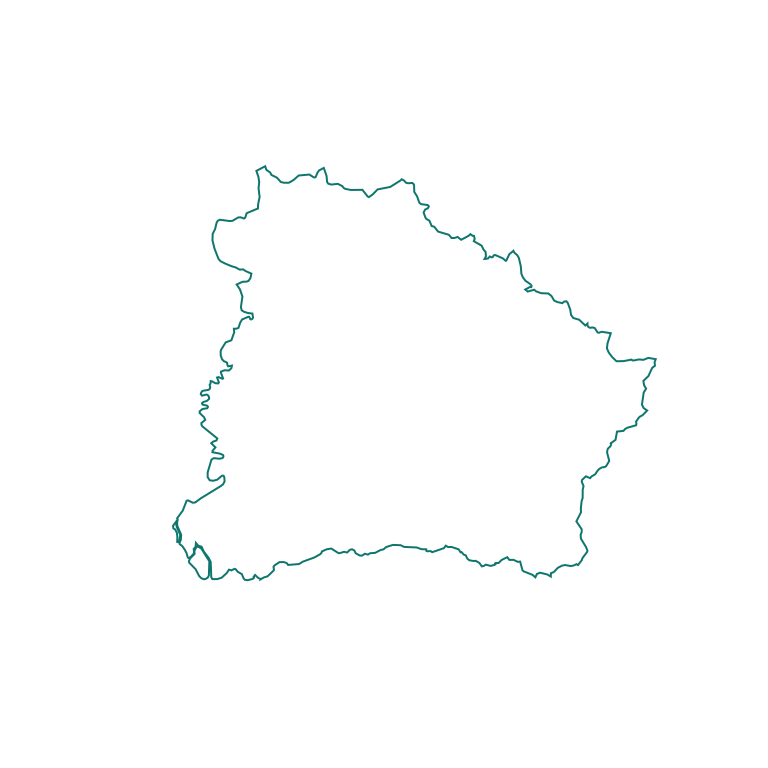 outline of Tosagua, Manabi, Ecuador, rotated 244°
{"feature_id": "8360857B34654590669506", "entity_name": "Tosagua", "entity_type": "district", "adm_level": 2, "iso_a3": "ECU", "parent_name": "Ecuador", "parent_adm1": "Manabi", "projection": "albers", "projection_center": [-80.266, -0.776], "detail": "fine", "context": "isolated", "style": "outline", "palette": "teal", "viewbox_px": 768, "rotation_deg": 244, "n_neighbors": 0, "source": "geoboundaries", "source_scale": "gbopen_adm2", "svg_char_len": 6168}
<svg xmlns="http://www.w3.org/2000/svg" viewBox="0 0 768 768"><g transform="rotate(244 384 384)"><path d="M568.0,449.7L572.9,439.3L576.4,434.7L577.9,433.7L580.0,433.3L584.1,430.3L586.4,424.0L588.5,421.7L590.4,421.4L596.3,423.6L604.6,424.6L604.4,419.2L603.1,416.8L600.1,413.5L599.9,412.4L600.5,411.5L605.0,408.7L608.8,398.7L607.0,392.2L606.6,387.7L606.8,386.2L608.8,382.2L610.8,379.8L616.3,378.3L621.2,374.5L624.0,374.4L628.2,372.1L631.8,372.7L631.5,362.7L625.2,361.9L620.3,360.4L614.8,357.0L606.6,354.2L601.1,349.9L597.0,347.6L597.7,336.1L597.6,335.3L594.4,332.2L594.1,330.7L596.6,328.3L597.6,326.0L597.1,319.4L598.0,316.9L603.5,308.6L603.6,306.2L602.5,304.4L597.3,300.1L594.0,295.8L588.3,292.8L579.9,291.0L569.0,290.1L566.0,290.9L561.8,294.1L556.7,298.6L553.8,301.8L550.1,304.4L548.7,307.7L546.2,309.1L541.3,313.2L537.8,310.4L536.1,307.5L536.2,305.5L537.9,301.6L538.0,295.2L532.2,296.0L524.7,295.1L515.8,289.1L512.6,288.4L510.1,290.0L507.4,292.9L505.0,296.6L501.1,295.4L500.3,294.3L500.2,293.0L500.8,292.3L503.5,292.3L503.9,291.5L504.2,284.8L502.4,281.9L498.2,277.7L498.5,275.4L499.5,273.3L496.2,272.1L490.2,266.0L490.8,259.9L486.3,252.8L485.3,251.7L481.4,249.8L477.4,249.3L474.9,250.0L472.0,252.3L469.3,251.5L468.2,251.7L467.2,255.4L465.1,253.7L464.1,250.5L466.3,246.6L466.6,242.9L465.8,242.4L459.5,241.8L459.5,241.1L462.8,238.2L463.0,236.8L457.8,236.3L457.2,235.2L458.7,232.7L461.8,230.6L462.6,229.5L460.4,228.2L459.6,226.9L456.9,226.2L455.9,225.0L455.7,223.6L457.3,218.2L457.2,217.2L456.0,215.4L455.2,214.9L453.3,215.3L452.3,219.9L451.4,220.7L449.3,221.1L447.3,220.3L446.4,217.4L447.0,213.9L446.6,212.0L445.0,211.9L442.1,215.5L440.6,215.8L439.7,214.5L441.1,209.9L440.2,206.3L438.7,205.6L433.0,207.7L430.1,207.6L428.9,202.7L427.5,202.1L425.7,202.1L408.1,210.3L406.7,208.7L407.1,205.2L406.5,202.8L400.9,204.7L399.2,200.7L397.9,199.9L393.1,206.3L390.7,208.2L389.6,208.1L388.5,207.2L388.3,205.8L389.1,203.1L392.0,198.5L391.7,195.8L381.9,186.8L377.6,184.7L373.9,185.1L371.9,188.1L371.1,192.2L372.6,198.2L372.3,199.0L371.8,199.6L370.2,199.6L366.3,198.0L364.3,195.2L363.8,192.2L361.6,169.6L360.3,162.4L361.1,160.1L365.3,156.9L365.6,155.4L358.4,147.6L354.0,139.2L352.9,139.3L349.8,137.1L347.0,136.0L337.3,135.6L332.8,132.9L330.7,130.4L329.6,130.2L326.9,131.6L322.3,132.3L318.6,132.4L314.2,131.6L313.0,132.2L313.4,134.8L314.9,138.7L316.4,139.8L319.1,140.6L320.2,143.2L323.6,145.3L320.3,146.1L317.7,148.7L312.2,148.6L304.5,150.2L300.0,150.2L286.2,144.1L284.2,144.1L283.6,144.7L281.7,148.8L281.1,153.2L282.9,159.5L285.1,163.3L283.4,165.1L283.4,168.7L282.5,169.5L279.4,170.2L275.4,172.9L270.8,172.6L268.9,173.2L267.5,175.3L266.4,180.4L266.8,182.2L267.8,182.2L268.9,184.4L264.7,186.0L263.0,187.5L262.5,187.2L262.8,191.1L262.2,195.1L264.7,202.9L265.2,203.6L268.2,204.6L269.0,206.3L269.7,212.0L267.8,216.0L265.6,218.1L263.4,218.5L259.4,228.8L259.9,233.1L258.6,245.5L259.0,252.1L259.6,253.7L260.7,254.8L260.6,259.8L259.2,264.5L252.0,268.9L251.4,270.0L250.7,274.5L248.7,277.0L249.9,280.5L249.5,282.8L247.3,284.4L244.4,284.3L240.6,286.9L239.4,288.9L239.8,292.4L237.7,294.8L238.0,297.3L236.1,302.0L236.3,308.2L235.6,311.1L236.5,314.5L235.5,321.4L231.8,328.3L228.8,330.6L222.7,341.8L219.1,345.3L216.9,349.5L215.5,348.9L214.8,349.4L213.3,352.7L211.7,353.6L210.2,365.9L211.6,368.7L209.4,370.0L207.9,373.3L202.7,378.6L199.2,379.0L199.0,380.0L195.7,380.9L194.1,382.4L190.6,382.3L188.1,383.5L185.4,387.3L184.9,388.9L181.3,391.3L177.2,392.0L176.7,393.9L177.0,396.3L173.7,400.2L173.0,404.1L173.0,405.0L173.8,405.0L174.2,405.6L172.9,408.6L174.3,412.6L174.3,418.9L171.0,419.5L169.2,423.3L165.5,426.3L164.7,428.5L155.8,426.8L154.4,427.4L147.4,433.8L143.9,435.3L146.2,438.1L146.0,441.5L141.2,447.3L137.8,449.5L140.8,451.1L140.5,454.1L142.6,459.7L142.7,464.4L141.9,467.4L138.5,472.1L137.7,475.0L137.7,478.0L136.2,479.0L138.8,484.3L140.6,486.2L144.0,492.9L145.0,493.8L148.9,494.1L158.7,493.2L162.2,494.6L164.4,496.9L166.8,498.0L176.2,496.7L182.4,504.9L185.8,506.3L192.1,510.3L194.5,512.6L201.8,516.2L204.8,518.6L209.6,518.9L211.0,520.0L212.5,525.0L209.0,528.0L209.9,529.9L210.3,534.4L212.4,537.8L213.3,540.2L213.5,543.3L212.6,546.0L212.8,547.7L216.1,552.7L224.7,554.5L226.8,555.9L227.8,557.0L228.8,560.3L230.4,561.8L231.3,561.8L232.3,567.6L239.1,572.6L236.9,578.7L237.9,581.2L238.0,583.7L236.4,592.4L237.5,593.4L239.6,594.0L241.9,597.9L242.5,599.7L242.6,602.7L244.8,608.9L248.6,606.8L252.4,606.8L262.5,613.7L265.0,617.6L268.8,617.2L273.1,618.5L275.2,625.1L281.0,632.2L281.6,635.5L285.0,636.8L287.2,639.1L291.6,633.0L292.0,627.8L294.4,623.7L295.5,619.3L296.4,617.5L297.4,617.2L299.6,609.2L302.6,602.9L308.2,600.9L313.7,599.8L318.3,600.0L322.4,602.6L330.2,610.1L335.5,602.6L335.8,599.8L336.6,598.6L342.0,597.9L343.6,595.9L344.1,593.9L345.6,592.7L347.8,592.6L349.1,593.3L348.3,590.6L356.2,587.6L360.3,583.1L364.1,582.4L369.2,584.0L376.2,584.7L378.4,584.2L379.1,582.0L378.5,579.7L381.7,575.7L384.4,573.5L389.7,573.1L393.3,571.4L396.7,565.1L400.5,561.4L402.9,560.3L404.1,553.7L407.0,552.4L407.2,557.6L406.5,558.8L407.5,559.7L409.4,559.4L414.8,556.4L419.0,555.6L422.8,555.8L430.0,558.6L438.3,560.5L441.5,560.2L444.9,558.7L447.0,558.7L445.7,553.5L441.3,548.0L441.4,547.3L444.8,545.9L451.2,540.5L451.5,538.9L450.4,537.3L450.5,536.4L452.2,535.0L451.2,532.4L452.3,529.2L454.1,531.6L458.1,533.2L461.1,532.4L465.5,532.4L473.0,527.3L474.6,529.1L477.7,529.8L478.5,528.5L480.8,527.4L480.1,525.0L479.8,516.6L483.9,514.6L484.3,511.5L485.6,508.7L489.7,507.7L497.3,499.4L503.3,498.1L505.1,496.1L510.9,496.4L513.9,494.4L515.4,494.2L520.8,494.8L522.7,497.3L522.8,500.6L524.0,502.2L525.7,501.7L529.4,496.2L531.4,495.2L538.3,496.0L543.4,495.4L549.3,498.1L550.5,498.3L552.3,497.6L553.9,493.6L555.2,492.1L558.5,491.0L560.3,489.6L559.7,488.1L558.4,476.0L561.7,463.5L559.3,456.9L558.6,452.3L559.7,451.5L568.0,449.7ZM301.2,149.3L316.3,147.7L319.7,145.2L319.5,143.7L317.5,140.7L314.3,139.2L312.2,133.2L310.1,130.9L308.8,130.6L300.1,133.5L292.3,133.7L289.7,134.6L287.5,136.5L287.0,137.9L287.2,140.6L288.6,142.6L301.2,149.3ZM332.7,128.9L332.3,129.4L333.1,131.5L337.7,134.7L346.7,135.1L351.3,136.6L348.9,132.1L346.5,131.4L344.9,132.5L341.0,132.6L337.1,131.2L332.7,128.9Z" fill="none" stroke="#0f766e" stroke-width="2"/></g></svg>